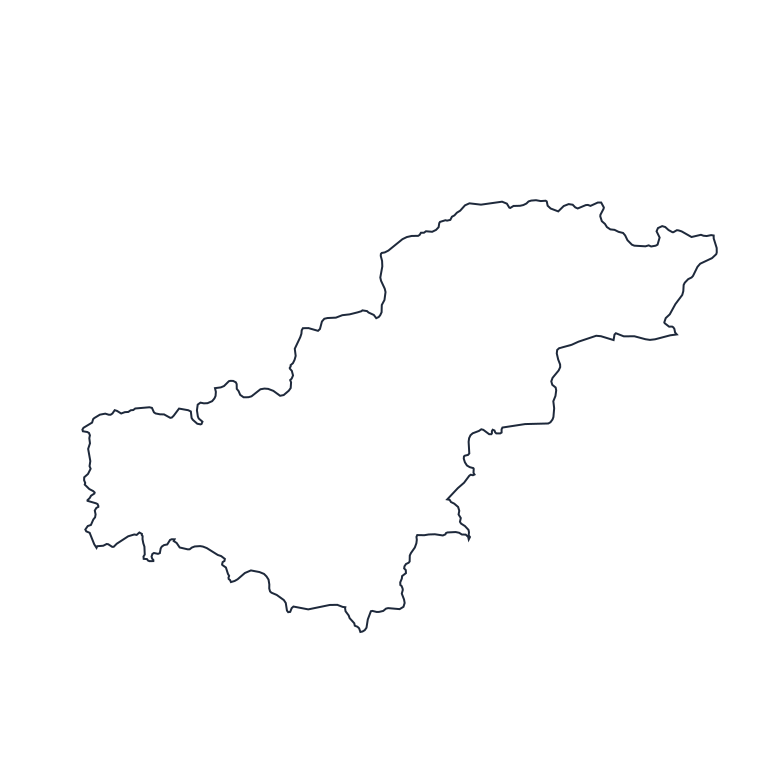 outline of Meconta, Nampula, Mozambique, rotated 20°
{"feature_id": "85939544B84793619782311", "entity_name": "Meconta", "entity_type": "district", "adm_level": 2, "iso_a3": "MOZ", "parent_name": "Mozambique", "parent_adm1": "Nampula", "projection": "orthographic", "projection_center": [39.662, -15.252], "detail": "fine", "context": "isolated", "style": "outline", "palette": "slate", "viewbox_px": 768, "rotation_deg": 20, "n_neighbors": 0, "source": "geoboundaries", "source_scale": "gbopen_adm2", "svg_char_len": 6165}
<svg xmlns="http://www.w3.org/2000/svg" viewBox="0 0 768 768"><g transform="rotate(20 384 384)"><path d="M516.8,501.1L517.1,498.4L515.3,497.2L514.6,494.3L513.3,492.2L508.6,489.8L504.1,488.8L502.5,487.5L502.0,483.7L498.7,481.1L498.1,477.4L495.7,474.2L490.9,472.4L487.3,472.0L485.3,470.4L482.9,470.8L489.0,456.6L493.0,449.4L495.5,441.1L496.5,439.6L498.8,439.3L500.0,438.1L498.5,436.9L497.3,433.0L496.7,432.5L493.0,432.8L489.8,432.2L486.8,429.9L484.5,426.9L483.9,424.7L484.5,423.7L487.2,421.9L487.9,420.1L483.3,409.4L482.5,405.8L482.8,402.6L484.2,400.0L489.3,395.6L490.9,393.3L493.0,393.1L500.0,395.2L502.0,394.5L502.3,393.5L501.5,391.4L501.8,389.8L503.7,389.9L505.0,391.4L506.4,392.0L510.1,390.7L511.1,389.4L510.0,386.4L510.2,384.4L530.3,373.4L551.9,364.9L553.5,363.0L554.5,359.7L554.5,357.1L552.2,348.6L549.0,342.3L549.2,336.6L548.0,331.1L546.5,328.6L542.4,327.2L540.3,324.3L540.3,320.5L543.5,311.5L543.8,307.9L542.8,305.4L539.3,301.4L535.9,296.2L535.1,292.8L536.3,290.5L546.9,283.0L552.3,277.7L566.9,266.1L571.5,264.9L584.7,264.2L583.7,258.7L584.5,257.0L593.0,257.2L603.0,253.5L614.4,252.5L618.8,251.6L623.4,249.3L636.4,240.3L642.2,237.3L639.9,236.0L638.0,232.9L636.5,231.8L635.1,231.5L632.3,232.6L627.0,230.9L626.3,230.2L626.2,225.7L628.7,220.8L630.5,209.2L633.8,198.3L633.5,194.4L631.7,188.4L632.0,185.9L634.0,181.4L636.6,178.7L637.4,176.8L638.5,166.7L640.0,162.8L649.2,153.5L651.8,148.4L651.7,146.6L650.1,142.4L644.0,134.4L643.0,131.7L640.5,132.2L636.6,134.6L633.5,135.4L630.8,135.4L622.7,140.7L611.5,138.8L608.4,138.9L606.6,139.3L604.0,142.4L603.1,142.7L598.7,142.0L594.6,140.3L591.4,140.5L588.1,143.8L587.9,147.3L592.9,152.1L593.4,159.5L592.0,161.1L588.0,163.4L585.3,163.2L582.6,165.2L571.9,168.4L569.3,168.3L563.6,165.6L559.8,161.9L557.0,160.3L552.4,160.8L547.9,160.3L543.8,161.3L539.8,160.3L536.9,158.0L533.0,156.5L529.9,152.5L529.5,151.0L530.4,144.2L530.2,142.9L526.0,139.2L522.8,140.4L517.1,146.0L514.3,146.0L512.4,146.9L506.0,152.8L503.3,152.6L500.0,151.0L496.0,151.8L492.0,155.3L488.7,162.2L480.6,162.1L476.8,160.5L474.5,156.8L473.2,156.5L468.7,158.5L464.0,159.3L459.6,161.3L457.4,163.0L456.1,165.7L453.7,168.2L450.9,170.0L444.8,172.4L442.4,175.4L441.4,175.4L437.8,172.5L432.6,172.3L413.8,182.3L402.5,185.0L399.0,188.4L396.3,195.1L393.9,198.1L392.5,201.5L390.6,203.6L390.2,207.1L387.4,208.9L385.7,209.1L381.2,212.5L380.9,213.9L381.7,218.0L380.2,221.4L377.2,224.5L371.2,226.1L369.8,228.2L367.0,229.2L366.5,231.7L365.4,233.1L359.4,235.4L355.2,238.1L351.8,241.6L342.5,257.1L339.7,260.1L337.1,261.6L336.6,262.8L337.1,264.7L340.1,269.0L342.2,274.1L344.1,285.2L345.9,288.0L352.1,294.2L354.0,297.1L355.7,304.9L354.9,310.5L357.2,317.4L356.9,320.7L356.1,322.9L354.2,324.8L350.8,322.6L345.0,322.1L343.1,321.3L338.5,322.2L337.9,323.3L334.7,325.7L327.9,330.3L321.3,333.6L316.1,338.1L308.4,341.3L305.6,343.1L304.3,346.5L305.0,354.2L303.8,356.6L293.9,357.3L288.7,359.3L288.3,361.7L289.2,365.0L289.3,368.6L288.1,381.4L291.4,387.8L291.7,391.8L291.3,395.6L289.8,398.2L290.3,399.5L289.9,400.9L290.2,401.7L292.9,403.2L295.6,407.1L295.4,410.5L294.5,412.4L296.1,414.2L297.7,419.7L296.8,422.9L293.5,428.7L290.4,430.6L282.4,428.3L276.8,428.2L273.2,429.2L269.7,431.2L263.7,440.9L261.1,442.8L256.6,444.5L252.6,443.4L249.8,440.4L247.3,438.9L245.6,434.5L244.2,433.1L241.2,432.7L238.5,433.6L237.3,434.4L234.4,440.6L231.8,443.0L226.6,445.7L228.7,448.9L229.8,452.8L229.6,455.5L228.4,458.9L224.7,462.4L221.3,463.8L217.9,464.3L216.0,467.1L217.2,472.7L220.2,478.2L221.7,479.8L226.3,481.5L226.2,484.0L225.4,484.7L222.1,485.2L216.5,483.0L214.8,481.7L211.9,475.9L209.0,475.6L199.8,477.2L197.2,485.8L196.1,488.1L194.7,488.9L187.7,487.8L183.9,489.1L179.4,489.8L177.5,489.3L174.1,485.8L171.5,486.1L158.6,492.1L157.3,494.2L155.0,495.3L153.3,497.7L150.1,499.1L147.1,501.6L142.3,500.6L139.9,500.7L138.9,504.6L137.6,506.4L136.0,507.0L132.2,507.2L127.5,510.0L123.4,515.1L122.7,516.5L122.9,520.1L116.6,527.9L116.2,530.0L117.2,531.4L121.6,530.6L123.5,530.9L125.2,532.8L125.6,535.7L128.0,540.3L128.2,546.2L134.4,556.9L135.4,561.9L137.3,564.0L136.6,569.8L134.2,574.2L135.1,577.0L137.1,579.2L137.2,580.9L143.0,583.5L147.4,584.1L149.2,584.9L149.3,586.0L146.9,589.2L146.5,591.7L145.1,594.6L145.4,595.2L154.2,594.6L155.9,594.8L157.3,596.3L157.6,597.2L156.1,598.8L155.5,601.8L157.6,605.2L158.1,608.1L157.2,610.7L156.8,616.7L154.2,618.8L153.1,622.9L154.6,624.3L158.3,624.5L166.5,633.7L169.9,636.3L170.0,634.5L175.5,632.0L178.1,629.2L179.7,628.9L184.3,630.0L185.7,629.4L187.5,625.5L195.7,614.6L200.8,610.8L203.2,610.4L204.9,607.2L207.8,607.7L208.1,608.8L209.2,609.5L210.1,612.3L212.3,616.0L214.5,618.8L217.5,626.1L217.0,628.4L218.0,630.5L221.1,629.6L222.6,630.6L224.2,630.7L227.8,629.3L227.5,628.3L225.9,627.4L224.6,625.7L224.5,622.9L225.6,621.5L229.7,620.9L231.2,619.6L230.4,614.9L230.8,612.8L232.4,610.6L235.2,608.9L236.3,603.7L237.6,602.5L240.3,601.6L240.1,603.5L243.5,604.3L247.9,607.5L256.1,606.5L257.9,605.8L259.4,603.4L261.7,601.4L266.7,599.2L269.5,598.7L273.6,598.8L286.3,601.5L289.8,601.4L294.3,602.8L294.6,604.9L293.3,606.5L293.5,608.8L294.0,609.4L298.2,610.5L302.3,615.8L304.1,617.3L304.1,619.2L304.8,620.4L306.4,620.9L307.9,622.5L311.0,620.2L313.2,617.6L317.9,609.2L322.7,604.7L331.3,603.3L336.2,603.5L339.4,605.0L342.4,607.3L344.8,611.6L346.1,615.4L347.9,617.9L349.6,618.6L355.3,618.9L363.8,621.3L366.6,623.4L370.3,630.1L372.0,631.2L373.8,630.2L373.9,626.2L375.0,624.1L389.9,621.7L408.6,610.2L415.6,607.5L421.4,607.6L424.0,607.0L424.1,608.0L425.6,610.7L430.0,613.6L431.8,615.8L437.9,619.0L439.2,621.1L442.1,621.2L444.2,622.1L446.6,625.1L448.5,623.9L450.1,621.9L450.9,619.0L449.3,610.8L449.4,602.0L450.7,601.2L455.2,600.7L457.4,599.8L460.9,597.5L462.7,594.4L464.5,593.2L475.7,590.2L478.5,586.7L478.3,582.7L476.5,579.6L472.4,574.9L472.1,571.1L471.4,569.8L469.6,567.8L468.1,567.3L467.1,564.8L467.3,560.7L466.7,558.3L469.3,554.2L468.1,551.4L466.0,550.4L465.6,548.3L466.2,545.7L468.3,543.5L468.8,542.0L466.9,536.4L467.1,533.8L468.9,527.1L468.9,522.6L468.1,519.1L466.8,516.6L466.9,514.6L473.6,512.3L477.5,510.1L483.2,507.8L491.1,506.2L493.1,504.3L493.3,502.8L494.4,501.8L502.0,498.6L505.5,498.1L508.6,498.8L512.3,497.6L515.4,498.9L516.8,501.1Z" fill="none" stroke="#1e293b" stroke-width="2"/></g></svg>